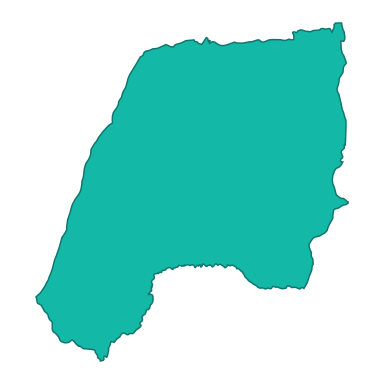 Silvania, Cundinamarca, Colombia
{"feature_id": "7082276B74452941535479", "entity_name": "Silvania", "entity_type": "district", "adm_level": 2, "iso_a3": "COL", "parent_name": "Colombia", "parent_adm1": "Cundinamarca", "projection": "robinson", "projection_center": [-74.378, 4.431], "detail": "fine", "context": "isolated", "style": "filled", "palette": "teal", "viewbox_px": 384, "rotation_deg": 0, "n_neighbors": 0, "source": "geoboundaries", "source_scale": "gbopen_adm2", "svg_char_len": 5904}
<svg xmlns="http://www.w3.org/2000/svg" viewBox="0 0 384 384"><path d="M341.6,23.0L335.5,23.1L334.2,24.5L334.0,25.0L334.2,27.0L331.9,32.2L331.1,30.8L330.4,29.0L329.1,28.5L325.5,29.3L324.1,28.7L322.1,28.5L320.9,28.8L319.5,29.9L318.7,30.1L313.3,30.5L310.3,31.8L305.0,31.1L302.5,30.1L300.6,29.9L297.9,30.9L296.9,32.4L296.5,32.6L294.1,31.8L293.3,32.1L292.6,32.4L292.6,32.7L293.8,35.3L293.9,39.0L293.6,39.6L292.8,39.8L290.8,39.7L289.0,39.2L286.0,40.3L284.8,40.5L282.8,40.1L282.1,40.3L280.7,39.7L271.8,39.6L268.7,40.0L264.6,41.8L262.7,42.2L261.0,41.6L259.5,40.1L257.7,39.9L251.4,41.9L249.6,41.8L242.4,43.2L237.0,43.0L234.6,42.2L225.9,45.2L222.8,45.6L220.9,45.5L218.0,44.4L214.9,42.2L213.0,41.7L211.7,41.9L209.6,43.3L209.5,42.4L210.0,40.6L209.6,40.5L209.0,41.7L208.5,41.8L207.7,38.6L207.4,38.6L206.8,37.7L206.2,37.8L201.7,44.6L201.2,44.2L198.6,43.5L197.3,42.1L196.5,41.7L195.2,41.7L194.8,41.4L194.0,39.9L186.7,40.6L185.6,40.8L181.4,42.9L175.2,44.7L173.4,46.9L170.5,46.7L167.4,45.1L165.3,44.7L163.6,45.7L157.6,48.3L156.1,48.6L152.9,48.8L149.8,50.3L146.0,51.1L144.9,51.8L144.0,52.7L142.9,55.5L140.3,57.0L137.1,62.6L129.8,74.5L128.1,78.4L126.0,86.5L125.4,87.9L123.5,91.0L122.6,93.1L121.5,97.2L119.1,100.9L118.7,101.8L118.4,104.3L116.6,108.3L115.5,109.3L113.4,112.5L112.4,116.4L112.3,120.2L112.5,122.9L108.8,125.3L102.8,131.8L98.6,137.5L96.3,141.6L94.8,143.1L91.3,149.0L90.9,150.5L90.7,153.7L90.3,155.8L88.6,159.5L85.7,163.9L84.5,168.2L84.0,171.0L83.9,173.8L83.0,178.3L82.0,181.1L81.8,184.4L81.2,188.2L80.5,190.9L79.2,193.6L74.9,199.8L72.5,204.3L71.7,206.5L70.0,212.9L67.6,219.8L66.6,227.7L66.8,229.5L65.4,232.4L61.9,237.7L59.2,247.6L56.3,255.9L54.7,259.7L52.2,269.3L50.8,273.3L49.0,277.5L48.2,280.1L46.3,283.2L45.0,286.1L41.4,291.5L40.1,293.2L35.9,297.0L36.7,298.3L37.1,302.1L37.6,303.1L38.4,303.8L39.8,304.3L41.3,305.4L44.6,311.4L46.8,313.2L47.9,314.6L48.5,317.2L49.6,319.7L51.4,321.1L52.3,322.7L52.2,327.9L52.4,330.0L52.6,330.7L53.5,332.0L55.5,333.2L58.5,336.7L60.2,340.6L61.6,341.8L63.2,342.1L64.2,342.7L66.1,342.8L67.9,342.6L69.3,342.0L70.6,341.1L71.6,339.9L72.4,339.9L72.9,340.6L73.5,340.8L75.9,343.8L78.2,345.9L78.4,345.4L78.8,345.6L79.4,346.3L80.5,346.5L83.3,348.6L91.8,349.4L94.8,350.1L95.1,350.7L95.3,352.3L97.2,354.9L97.9,357.7L98.2,358.2L99.9,359.2L100.2,359.7L100.3,361.0L103.3,360.3L104.0,359.3L103.7,357.5L104.1,356.4L105.1,356.2L106.4,357.2L107.0,356.9L107.2,356.6L108.6,350.7L108.6,348.0L110.2,344.7L110.9,341.7L111.3,341.6L114.2,342.3L117.1,338.7L119.0,337.5L119.9,336.7L121.1,334.5L122.5,333.2L124.3,333.0L126.8,334.6L127.7,334.7L128.5,334.5L129.5,333.5L132.8,333.6L134.0,332.6L136.2,330.0L139.9,327.3L140.6,326.6L141.0,325.1L140.1,324.2L139.8,323.0L140.2,322.2L141.8,321.5L142.3,320.4L142.5,319.4L141.9,317.7L142.0,316.6L143.3,315.3L145.1,314.1L145.6,313.1L146.5,309.8L147.2,309.5L148.3,309.7L149.6,308.3L150.4,304.8L151.6,304.0L152.8,301.6L153.1,299.0L152.8,297.0L153.0,296.7L152.4,295.2L151.7,294.5L150.2,294.3L149.7,293.9L149.1,294.0L148.7,294.6L148.3,294.2L148.8,293.3L150.0,292.3L150.7,291.2L151.4,291.1L151.4,290.5L151.6,290.4L151.3,288.3L151.3,287.0L151.4,286.8L151.9,287.2L152.5,284.9L152.5,284.3L151.7,283.1L151.6,281.7L152.0,280.4L154.0,278.8L154.3,277.4L153.9,275.6L154.0,274.4L155.1,273.8L156.8,273.6L157.3,273.1L158.5,273.5L159.7,272.2L161.5,272.5L162.0,270.9L162.4,270.6L165.4,270.0L167.0,268.2L169.1,267.5L170.3,267.7L171.7,269.0L172.9,269.4L172.9,268.7L173.8,268.0L175.0,268.0L176.1,267.3L177.7,267.0L178.8,265.4L180.2,265.5L181.8,266.2L182.4,265.9L184.0,266.1L184.2,265.1L185.2,265.5L187.0,264.8L188.4,264.7L189.9,265.6L192.1,264.7L192.6,264.7L194.1,265.7L194.6,266.4L194.8,267.3L195.2,267.5L195.6,267.3L196.0,266.3L196.7,265.8L197.4,265.5L198.5,266.0L199.3,264.8L199.8,264.6L200.3,264.9L200.6,266.8L201.3,266.9L202.2,265.7L202.6,264.1L203.1,264.0L203.8,264.2L206.1,266.3L207.0,266.3L208.2,265.4L210.4,265.0L211.1,265.4L212.1,266.8L212.5,266.9L213.4,266.3L215.4,264.0L216.1,263.8L217.8,265.3L219.5,264.4L220.6,264.4L223.5,266.2L224.6,267.5L225.2,267.7L226.5,266.8L227.1,266.1L227.2,265.4L227.7,264.9L229.5,265.7L230.5,265.7L231.7,265.2L232.7,265.2L236.4,267.3L236.7,267.9L236.6,268.6L238.8,268.8L241.4,271.4L242.7,272.2L243.0,273.3L243.9,274.3L245.2,277.1L247.5,279.2L248.1,280.2L249.2,281.2L252.3,283.1L253.5,284.3L256.5,285.7L257.6,287.0L259.6,288.0L260.4,288.2L262.4,287.8L265.1,288.9L266.1,288.8L268.1,288.0L269.7,288.6L270.7,288.7L271.4,288.4L272.5,286.6L272.9,286.4L276.2,287.2L277.7,287.1L280.8,288.5L283.1,288.7L286.0,288.1L286.7,287.1L286.9,286.3L287.7,286.0L289.8,286.2L291.5,287.5L295.7,287.3L299.5,289.0L300.4,288.6L300.8,287.9L301.6,287.7L303.1,287.8L303.9,288.5L306.9,283.3L308.6,278.6L308.7,277.5L311.2,271.5L311.8,269.6L312.1,266.1L313.1,264.2L313.2,263.6L312.9,259.9L312.5,258.5L311.4,256.6L311.2,255.6L311.4,253.2L311.2,252.1L310.2,250.2L309.1,246.5L309.0,244.7L309.3,243.8L312.3,239.1L313.6,237.7L315.2,237.0L319.2,236.1L321.1,235.1L322.2,234.3L325.0,232.8L327.1,230.5L328.2,226.8L329.1,224.9L332.6,218.6L332.9,216.6L332.8,215.4L333.7,209.9L335.2,208.9L338.3,208.1L342.2,205.6L344.3,204.8L345.7,204.7L348.1,203.2L348.0,201.7L347.1,201.5L344.4,199.0L343.3,198.5L341.1,198.3L338.8,197.0L336.6,195.1L335.9,193.7L334.4,187.6L332.8,183.9L332.3,179.8L332.8,175.4L335.0,169.8L336.4,168.3L339.6,166.8L341.3,164.7L342.8,162.0L341.9,161.9L340.4,161.1L340.8,159.2L342.3,158.1L342.8,156.6L341.9,155.0L341.9,154.1L341.4,153.4L341.1,152.5L341.5,150.8L344.0,148.6L344.3,147.5L344.4,144.8L345.1,145.1L345.5,141.4L346.0,125.7L345.9,120.1L345.1,118.5L343.6,112.8L342.2,109.3L340.7,101.9L338.7,93.7L337.7,92.4L337.0,90.3L337.1,88.5L338.7,83.2L339.3,78.5L339.8,77.4L340.9,75.8L343.0,72.3L343.3,68.1L343.9,66.3L344.6,65.2L345.6,64.2L346.3,63.0L345.7,60.8L343.6,55.3L342.2,53.5L341.9,52.6L341.7,50.7L341.2,49.1L340.8,41.6L341.3,40.9L343.2,41.3L343.9,41.1L344.7,39.1L344.9,37.7L344.2,32.1L343.2,30.2L342.0,26.0L341.6,23.0Z" fill="#14b8a6" stroke="#0f766e" stroke-width="1.5"/></svg>